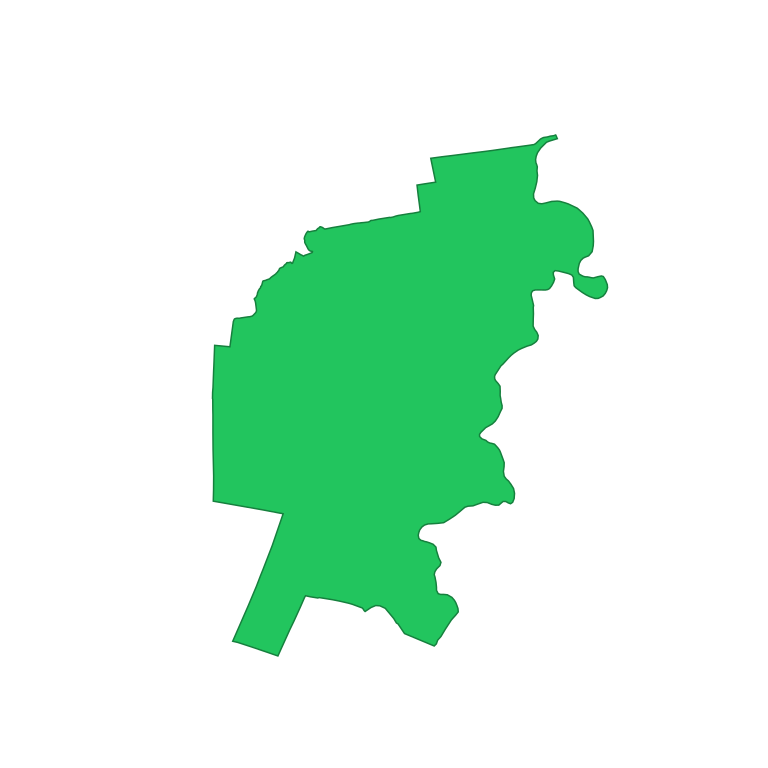 outline of Poienarii Burchii, Prahova, Romania, rotated 292°
{"feature_id": "2599482B75025162272167", "entity_name": "Poienarii Burchii", "entity_type": "district", "adm_level": 2, "iso_a3": "ROU", "parent_name": "Romania", "parent_adm1": "Prahova", "projection": "mercator", "projection_center": [26.024, 44.76], "detail": "fine", "context": "isolated", "style": "filled", "palette": "green", "viewbox_px": 768, "rotation_deg": 292, "n_neighbors": 0, "source": "geoboundaries", "source_scale": "gbopen_adm2", "svg_char_len": 6130}
<svg xmlns="http://www.w3.org/2000/svg" viewBox="0 0 768 768"><g transform="rotate(292 384 384)"><path d="M448.7,243.4L448.0,243.4L446.2,242.6L445.5,242.4L444.0,241.5L442.2,240.3L440.7,239.4L440.1,239.1L439.1,238.7L438.6,238.5L436.8,236.4L436.1,235.8L435.1,234.5L434.7,234.0L434.4,233.4L434.2,233.3L433.9,233.2L433.4,233.2L430.4,233.6L429.2,233.6L428.6,233.3L428.1,233.2L427.1,233.4L426.5,233.3L425.2,232.8L424.8,232.8L423.6,232.6L420.9,232.6L419.7,233.0L419.1,233.0L417.7,233.0L416.3,232.8L416.1,232.7L415.2,232.1L414.8,231.9L414.3,231.8L414.2,231.9L414.0,232.1L412.9,233.3L411.5,234.3L410.5,234.9L408.0,236.3L405.3,237.8L404.2,238.3L403.6,238.4L402.8,238.4L402.1,238.3L399.0,237.1L398.2,236.7L397.8,236.5L397.5,236.2L396.5,234.9L395.9,234.0L395.5,233.1L391.8,226.8L391.3,226.0L391.0,225.7L390.6,224.9L390.1,223.4L389.6,222.5L389.1,221.8L388.4,221.1L388.2,221.0L387.8,220.9L386.5,220.9L386.2,220.9L385.5,220.9L360.8,227.2L356.4,212.5L336.4,219.7L333.2,220.8L316.3,226.9L312.1,228.2L306.3,230.4L305.8,230.9L295.6,235.1L291.2,237.0L274.6,243.7L259.6,249.9L234.7,260.6L221.8,265.7L211.4,269.6L221.9,318.9L225.9,339.1L192.5,340.9L166.6,341.3L159.9,341.3L148.7,341.5L127.5,341.2L88.8,340.1L89.6,345.1L90.4,356.8L91.6,377.4L92.1,387.5L120.9,388.7L130.1,389.3L145.7,390.0L156.4,390.3L158.3,390.6L159.1,395.4L160.8,402.8L161.7,403.9L164.7,417.0L166.1,424.4L167.5,433.3L167.9,437.2L168.0,440.7L168.2,447.7L167.7,448.8L166.5,450.4L166.0,451.7L171.9,455.7L175.5,459.3L176.8,463.3L176.5,469.2L170.2,480.9L167.1,485.0L166.8,486.9L160.3,496.5L159.9,528.7L162.7,529.9L166.5,529.7L171.3,531.4L179.6,532.7L190.3,534.8L193.2,535.8L196.4,537.0L200.5,538.2L203.5,536.7L205.7,534.8L208.2,532.4L209.9,530.2L211.6,526.9L212.3,521.7L211.3,518.3L210.1,515.3L209.9,512.8L212.3,510.0L215.2,508.8L219.6,506.5L221.9,505.0L224.1,503.6L226.0,502.0L229.0,501.5L232.4,502.1L236.6,503.9L240.0,503.6L243.2,499.9L249.4,494.9L252.2,493.3L253.8,489.6L253.8,485.7L253.6,482.8L253.2,480.6L253.2,478.8L252.9,476.8L253.8,474.2L256.6,472.4L259.4,471.9L262.2,471.8L265.6,472.7L268.4,474.4L270.8,477.3L272.2,480.4L274.8,485.8L277.8,491.3L283.6,495.6L289.2,499.4L294.4,502.2L296.3,503.2L300.0,505.1L302.2,507.7L304.4,512.2L307.4,515.5L311.4,520.1L312.8,524.2L312.8,528.9L313.3,532.5L314.7,535.8L319.7,538.4L320.7,541.0L320.3,543.7L320.4,546.2L322.5,547.6L326.5,547.6L331.5,546.0L335.6,543.3L338.4,539.5L340.7,535.8L341.7,532.9L343.5,530.0L347.6,527.5L352.3,526.3L356.1,524.9L358.9,522.5L364.6,517.3L366.0,515.8L367.5,513.4L369.6,509.0L369.3,506.1L368.9,504.2L369.1,501.7L369.9,499.6L369.8,495.4L371.1,492.3L373.2,491.4L375.6,492.0L381.6,494.6L387.6,499.4L391.4,501.1L396.5,502.1L402.0,502.3L405.6,502.6L408.2,501.6L411.0,499.5L414.1,497.7L417.0,495.9L420.5,494.6L425.4,492.4L427.1,489.8L429.0,486.1L430.3,484.7L432.4,483.7L434.3,483.6L444.6,485.6L447.0,486.8L449.7,487.8L454.9,489.7L458.2,491.1L461.3,492.8L465.7,495.7L468.6,498.3L472.7,502.5L475.5,506.0L478.1,507.9L480.6,509.3L483.3,509.8L486.7,508.8L489.2,506.3L491.0,503.3L493.5,500.6L500.5,497.9L505.0,496.3L510.9,493.7L512.8,493.3L519.2,488.8L521.4,487.2L523.7,486.5L526.1,486.9L527.9,489.1L529.3,492.4L531.6,498.4L532.9,500.4L534.5,501.7L537.7,502.6L541.8,503.1L545.3,502.9L548.6,500.2L550.9,499.1L553.2,500.1L554.1,503.4L554.6,506.9L555.3,512.2L555.5,514.0L555.4,517.3L553.9,519.6L549.2,521.9L546.3,523.5L545.8,524.4L545.1,525.9L543.2,533.5L542.4,538.1L542.1,541.9L542.4,547.8L543.6,550.5L545.2,552.1L547.7,554.2L550.8,555.2L553.8,555.5L557.0,555.2L559.8,553.8L563.7,550.1L565.8,547.1L565.6,545.1L563.6,542.1L560.7,538.3L560.2,536.2L559.9,534.3L559.5,532.4L558.7,530.3L558.5,527.9L559.0,523.8L561.0,521.8L563.5,520.8L568.9,519.9L572.3,520.2L575.3,521.5L577.1,523.1L579.5,525.7L584.6,527.4L590.6,526.2L594.7,524.8L604.6,520.3L607.4,517.8L611.5,513.4L613.5,510.9L616.9,504.4L619.4,497.4L620.0,487.4L619.8,484.0L619.2,478.5L618.5,476.2L616.1,471.1L612.4,466.1L610.2,462.8L609.3,459.3L610.6,455.4L612.6,453.1L616.3,451.4L622.2,450.9L628.8,449.9L634.9,448.2L638.9,446.0L642.8,444.8L644.8,443.2L646.0,442.0L648.8,440.5L652.1,439.8L656.0,439.7L661.5,440.9L669.0,444.1L671.3,446.5L676.4,452.8L678.7,450.5L679.2,449.9L677.7,448.2L676.1,445.3L675.3,444.3L674.3,443.0L673.7,442.0L672.9,440.6L672.3,439.6L671.6,438.9L670.7,438.1L669.7,437.3L667.9,436.5L663.6,434.5L662.9,433.9L662.0,433.2L661.7,432.5L659.6,429.0L652.8,417.1L650.8,413.5L649.4,411.2L641.3,397.3L635.9,387.7L631.1,379.0L625.6,369.2L620.9,360.8L616.5,352.8L610.8,342.8L590.5,356.3L584.5,346.2L580.8,340.1L571.6,345.1L563.5,349.7L557.4,353.1L556.1,351.4L553.3,347.0L552.5,345.6L552.0,344.6L545.9,334.6L545.6,334.1L544.0,331.9L542.3,330.0L541.4,328.6L540.9,327.9L540.8,327.5L540.6,326.8L534.9,317.3L532.2,313.3L531.6,312.4L531.3,311.9L531.2,311.5L531.0,311.2L530.5,310.4L529.6,310.0L529.2,309.6L528.5,309.1L527.8,307.9L527.4,307.1L526.2,304.9L525.0,302.5L524.1,301.0L523.4,299.5L522.6,298.1L522.0,297.0L521.5,296.1L519.8,293.5L518.6,292.0L518.0,291.0L513.6,283.9L509.6,277.4L506.1,272.1L505.7,271.4L505.5,270.9L505.7,269.9L506.0,268.7L506.1,267.9L506.0,266.2L505.8,265.8L505.4,265.5L504.7,265.4L504.4,265.2L503.8,264.7L503.1,264.3L502.4,264.0L501.5,263.8L500.9,263.6L498.9,260.3L497.3,258.0L497.0,257.3L497.0,257.0L497.2,256.3L496.1,255.8L495.2,255.6L494.1,255.4L491.7,255.3L490.6,255.3L489.9,255.4L489.3,255.5L488.9,255.6L488.3,256.0L487.9,256.4L487.2,256.9L486.7,257.0L486.2,257.2L485.6,257.5L484.6,258.5L483.1,260.4L480.9,262.9L480.3,263.7L480.0,264.4L479.8,265.2L479.7,265.9L479.8,266.4L480.1,268.0L479.8,268.2L479.1,268.2L478.9,268.1L478.2,267.4L477.4,266.6L475.1,264.1L473.8,262.5L473.0,261.9L472.4,261.6L472.4,261.2L472.6,260.3L472.7,258.4L473.1,255.9L473.2,255.4L473.3,254.7L473.4,253.4L473.5,252.9L471.5,253.2L467.8,253.8L466.7,253.9L463.3,253.9L462.2,254.0L461.7,253.9L461.4,253.6L461.3,253.4L461.3,253.2L461.4,252.9L461.9,252.3L462.0,252.0L462.0,251.8L461.9,251.6L461.7,251.2L461.3,250.9L460.9,250.3L460.5,249.4L460.4,249.0L460.1,248.6L459.9,248.4L459.5,248.4L458.8,248.2L458.0,247.7L456.7,247.1L455.3,246.8L454.8,246.6L453.3,245.0L452.1,244.0L451.6,243.9L450.1,243.9L449.3,243.8L448.7,243.4Z" fill="#22c55e" stroke="#15803d" stroke-width="1.5"/></g></svg>